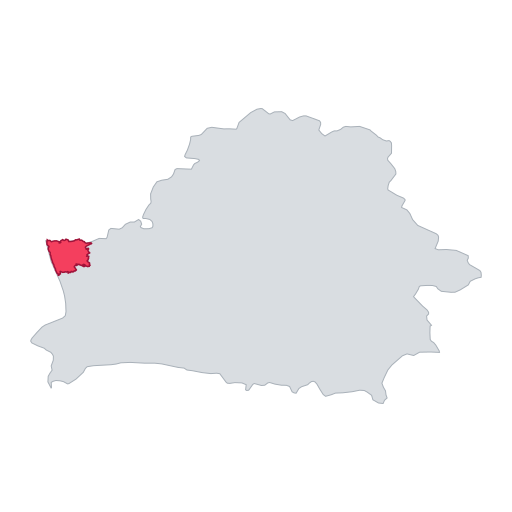 location of Grodno, Grodno, Belarus
{"feature_id": "67162791B13547290723272", "entity_name": "Grodno", "entity_type": "district", "adm_level": 2, "iso_a3": "BLR", "parent_name": "Belarus", "parent_adm1": "Grodno", "projection": "natural_earth1", "projection_center": [24.107, 53.67], "detail": "fine", "context": "in_parent", "style": "filled", "palette": "rose", "viewbox_px": 512, "rotation_deg": 0, "n_neighbors": 0, "source": "geoboundaries", "source_scale": "gbopen_adm2", "svg_char_len": 7537}
<svg xmlns="http://www.w3.org/2000/svg" viewBox="0 0 512 512"><path d="M439.5,352.4L430.5,352.0L419.6,352.2L413.7,355.5L407.0,353.9L402.4,355.8L391.9,365.0L387.9,369.9L384.2,377.6L381.9,383.2L383.4,387.2L385.5,390.9L386.0,394.9L387.1,398.0L384.5,400.3L383.1,403.5L378.5,403.0L372.9,399.8L371.6,395.3L367.2,392.1L364.3,390.5L359.7,390.2L352.3,391.7L342.7,392.8L335.4,393.1L331.4,394.7L325.6,396.3L323.2,394.5L319.9,389.3L317.0,384.2L315.1,382.0L313.5,381.3L311.6,381.5L309.3,383.1L307.7,384.7L301.6,386.7L298.9,388.5L296.1,393.2L294.1,392.9L292.1,391.8L289.6,386.5L286.4,385.3L281.3,385.2L274.9,384.1L269.7,382.5L267.8,382.9L264.8,385.2L261.5,385.5L254.2,383.5L252.8,384.4L248.7,390.2L246.7,390.5L245.6,389.8L246.2,384.7L241.9,382.9L234.8,382.6L229.8,383.4L227.3,383.2L226.1,382.2L219.8,373.7L216.6,373.2L210.8,373.6L202.2,372.6L192.4,370.7L186.9,370.0L184.1,368.1L178.0,367.4L161.7,363.9L155.0,363.2L145.2,363.2L130.3,362.4L120.8,362.8L116.3,364.0L111.2,364.7L93.5,365.7L87.2,366.7L85.4,368.4L83.3,372.3L76.0,379.1L68.9,383.6L67.6,383.9L63.4,381.6L60.0,380.8L55.9,380.5L53.1,381.3L51.2,382.4L51.5,387.6L51.1,388.0L47.9,381.9L48.2,376.3L50.0,373.1L52.1,370.2L51.2,365.9L53.3,360.2L53.4,356.1L52.5,354.3L50.8,352.3L46.2,350.0L44.2,348.2L37.9,345.9L31.8,342.9L30.7,341.1L31.0,339.9L32.1,338.0L36.9,332.5L42.0,327.1L45.2,325.0L62.6,318.1L65.3,315.7L66.0,311.7L65.7,303.5L64.6,296.1L63.3,290.9L60.0,281.3L51.1,261.4L45.8,240.8L49.3,242.0L57.5,242.5L64.0,241.1L67.4,240.9L70.4,241.3L79.0,240.2L81.1,242.0L85.0,243.7L92.5,241.3L99.2,238.4L106.1,238.7L107.1,237.3L108.8,230.0L110.9,228.4L119.2,229.2L122.2,227.8L125.4,224.3L130.3,222.0L134.4,222.0L138.6,219.5L140.7,221.2L141.7,224.2L140.3,226.6L141.0,227.6L143.9,228.8L149.0,228.7L152.2,227.7L152.9,226.3L152.9,223.8L152.1,221.5L149.9,219.5L145.9,218.5L143.1,218.5L142.6,217.2L143.5,214.5L146.0,209.4L149.0,204.9L150.8,203.2L151.1,201.6L150.7,198.9L150.6,193.9L153.3,187.0L156.9,181.8L161.8,180.2L167.8,179.3L171.6,176.8L173.5,174.0L175.1,169.5L177.0,168.6L191.4,169.2L193.6,164.8L194.8,163.5L197.6,162.2L199.5,160.6L198.7,159.4L195.0,158.6L186.4,157.9L184.6,156.5L185.1,154.7L187.4,150.1L189.5,144.3L190.6,139.7L190.7,137.0L191.9,136.3L198.9,135.4L201.3,134.5L207.2,128.3L211.8,127.3L223.8,128.9L229.3,128.8L236.2,129.2L236.8,128.6L239.1,122.4L250.7,112.6L257.0,109.2L260.9,108.5L262.3,108.7L268.8,113.8L270.2,114.0L274.4,111.9L281.7,111.7L285.1,113.5L290.1,119.8L292.6,120.6L299.6,117.0L303.5,115.9L306.1,115.9L319.5,120.8L320.6,122.4L320.7,124.3L318.8,130.0L321.7,133.6L325.0,136.0L331.7,132.0L334.2,130.9L337.0,130.9L340.6,129.4L343.3,127.2L345.8,126.4L350.7,126.9L359.6,126.4L370.0,129.9L371.0,131.0L376.3,135.1L378.2,137.1L379.9,137.7L382.7,139.7L386.4,141.0L389.0,140.6L390.2,141.3L391.4,142.9L391.6,145.5L391.5,153.2L388.0,157.2L387.5,158.6L387.8,160.3L390.8,163.6L394.8,168.7L395.8,171.7L395.9,174.0L390.9,180.6L389.3,182.1L388.2,185.4L387.7,188.7L388.1,190.0L396.9,195.3L403.5,198.1L405.0,199.5L405.1,200.4L401.9,206.0L401.6,207.5L406.9,209.9L409.9,213.6L412.6,219.6L417.7,225.4L436.3,233.8L438.0,235.3L438.6,237.1L438.2,241.1L435.1,248.6L438.3,249.8L446.3,249.5L456.2,250.4L468.2,255.7L468.3,258.1L467.2,260.3L468.1,262.6L469.5,264.6L479.9,270.6L481.0,272.3L481.3,275.2L481.1,277.3L478.3,277.8L475.2,278.8L470.2,281.3L468.3,284.9L460.2,289.9L455.1,292.2L451.0,292.3L441.3,291.3L437.8,288.8L436.3,286.5L432.5,285.5L427.5,285.4L420.6,285.8L419.3,286.5L418.3,289.3L415.5,294.0L413.5,296.7L422.6,306.1L427.1,310.0L428.6,312.3L428.6,314.0L426.6,316.0L427.0,320.0L431.5,325.3L430.1,326.1L429.9,332.6L430.2,339.5L431.4,341.2L433.7,342.6L435.8,345.1L439.2,350.9L439.5,352.4Z" fill="#d9dde1" stroke="#a8b0b8" stroke-width="1"/><path d="M90.8,242.8L90.7,242.9L90.4,242.9L89.8,242.9L89.2,242.9L88.4,243.0L87.9,243.0L87.4,243.1L86.8,243.3L86.3,243.2L85.8,243.0L85.4,242.9L85.1,242.6L84.7,242.4L84.4,242.1L84.4,241.7L83.9,241.5L83.3,241.4L82.9,241.2L82.6,240.9L82.3,240.6L81.6,240.1L81.1,240.3L80.4,240.2L79.9,240.2L79.6,239.4L79.3,239.0L78.7,239.2L78.1,239.4L77.4,239.6L76.7,239.8L76.0,239.9L75.4,239.8L75.0,240.2L74.6,240.7L73.9,240.9L72.8,241.2L71.4,241.4L70.3,241.5L69.2,241.5L68.7,241.5L68.6,241.2L68.5,240.9L68.4,240.4L68.1,239.9L67.6,239.7L67.3,239.7L66.6,239.4L66.1,239.2L65.7,239.3L65.5,239.7L65.1,240.2L64.0,240.5L63.6,240.2L62.6,239.6L61.9,240.2L61.1,240.5L60.5,241.2L60.3,241.7L60.7,242.4L60.0,242.9L59.3,242.9L59.3,242.4L59.0,241.7L58.3,241.5L57.6,241.2L56.3,240.8L55.4,240.9L54.4,240.9L52.7,241.3L51.5,241.7L50.9,241.4L50.3,240.8L49.8,240.4L48.9,240.5L48.0,240.5L47.2,239.8L46.9,241.2L46.9,242.5L47.0,244.4L47.5,245.2L48.3,245.9L48.9,246.4L48.7,247.3L48.4,247.8L48.2,249.0L48.8,250.8L49.2,251.5L50.2,252.5L50.2,253.2L50.1,254.3L50.8,255.7L51.0,257.3L51.7,259.6L52.3,261.2L52.6,262.6L53.7,264.5L54.0,265.6L54.1,266.4L54.8,267.8L55.5,269.0L55.5,269.6L55.5,270.3L56.2,271.3L56.8,272.9L58.0,274.1L58.3,275.3L58.6,275.3L58.7,275.2L58.9,275.2L59.2,274.9L59.2,274.4L59.2,274.1L59.9,274.1L60.2,274.0L60.4,273.9L60.4,273.7L60.3,273.3L60.3,272.9L60.3,272.6L60.3,272.2L60.2,271.9L60.1,271.5L60.3,271.4L60.6,271.4L61.0,271.6L61.4,271.8L61.9,272.1L62.3,272.3L62.8,272.3L63.4,272.3L63.9,272.2L64.5,272.2L64.8,271.9L65.1,271.8L65.5,271.8L65.9,272.0L66.3,272.1L66.6,272.0L67.0,271.9L67.5,271.6L67.8,271.6L68.0,271.7L68.2,271.9L68.4,272.2L68.3,272.5L68.1,272.8L68.2,273.1L68.7,272.9L68.8,272.7L69.0,272.3L69.3,272.2L69.7,272.3L70.0,272.5L70.5,272.5L70.9,272.3L71.0,272.0L70.9,271.8L71.1,271.5L71.6,271.5L72.0,271.5L72.4,271.7L72.6,271.9L72.8,272.0L73.1,271.8L73.4,271.8L73.7,271.6L73.9,271.4L73.9,271.2L74.0,271.0L74.5,270.8L74.8,270.9L75.1,271.0L75.5,270.8L75.6,270.6L75.9,270.3L76.3,270.1L76.4,269.9L76.3,269.7L76.1,269.4L75.8,269.2L75.6,268.9L75.5,268.6L75.4,268.3L75.2,268.0L74.9,267.7L74.7,267.6L74.5,267.3L74.3,267.0L74.3,266.6L74.5,266.2L74.9,265.9L75.1,265.8L75.3,265.5L75.8,265.4L76.0,265.4L76.6,265.5L76.8,265.4L76.5,265.0L76.2,264.7L76.1,264.4L76.1,264.1L76.4,264.0L76.8,264.0L77.0,264.1L77.3,264.2L77.6,264.3L77.8,264.4L78.1,264.5L78.3,264.5L78.5,264.5L78.6,264.3L78.8,264.2L79.0,264.2L79.3,264.4L79.5,264.6L79.6,264.8L79.8,264.9L80.0,264.9L80.3,265.0L80.7,265.1L80.8,265.2L81.0,265.3L81.6,265.4L81.8,265.5L82.0,265.6L82.4,265.9L82.6,266.0L82.9,266.1L83.3,266.3L83.5,266.5L84.0,266.6L84.4,266.5L84.6,266.4L84.6,266.1L84.3,265.9L84.1,265.6L83.7,265.5L83.6,265.4L83.2,265.2L83.0,264.9L83.0,264.6L83.4,264.4L83.7,264.4L84.2,264.5L84.5,264.6L84.8,264.8L85.0,265.0L85.2,265.3L85.3,265.5L85.6,265.9L85.9,266.0L86.2,266.1L86.6,266.1L86.8,266.2L87.1,266.3L87.4,266.5L87.6,266.6L87.9,266.6L88.2,266.4L88.5,266.4L88.9,266.4L89.3,266.3L89.3,265.9L89.3,265.7L89.5,265.4L90.0,265.2L89.9,265.0L89.9,264.9L89.6,264.6L89.4,264.4L89.3,264.0L89.4,263.7L89.6,263.5L89.6,263.2L89.5,262.9L89.0,262.6L88.0,261.9L87.4,261.4L87.2,261.0L87.2,260.6L87.6,260.3L88.1,259.9L88.2,259.5L88.1,259.0L88.3,258.6L88.6,258.3L88.5,257.5L88.4,257.1L88.7,256.8L88.8,256.4L88.7,256.2L88.2,256.2L87.7,256.2L86.9,256.2L87.0,256.0L87.3,255.9L87.3,255.5L87.0,255.2L86.9,254.9L87.1,254.7L87.5,254.4L87.9,254.0L88.3,253.7L88.7,253.4L89.6,253.1L89.7,252.8L89.5,252.5L89.1,252.3L88.8,252.1L88.6,251.8L88.4,251.4L88.2,251.1L88.0,250.8L87.9,250.3L87.9,249.9L88.2,249.7L88.4,249.3L88.6,249.0L88.5,248.5L88.3,248.3L87.9,248.3L87.7,248.5L87.9,248.8L87.8,249.1L87.1,249.3L86.7,249.3L86.2,249.2L86.1,248.8L86.2,248.4L85.9,248.1L85.5,247.7L85.4,247.3L85.6,246.8L86.3,246.2L87.5,245.5L88.6,245.0L89.4,244.6L90.1,244.1L90.6,244.0L91.3,243.8L91.6,243.4L91.4,243.1L90.9,242.8L90.8,242.8Z" fill="#f43f5e" stroke="#9f1239" stroke-width="1.5"/></svg>